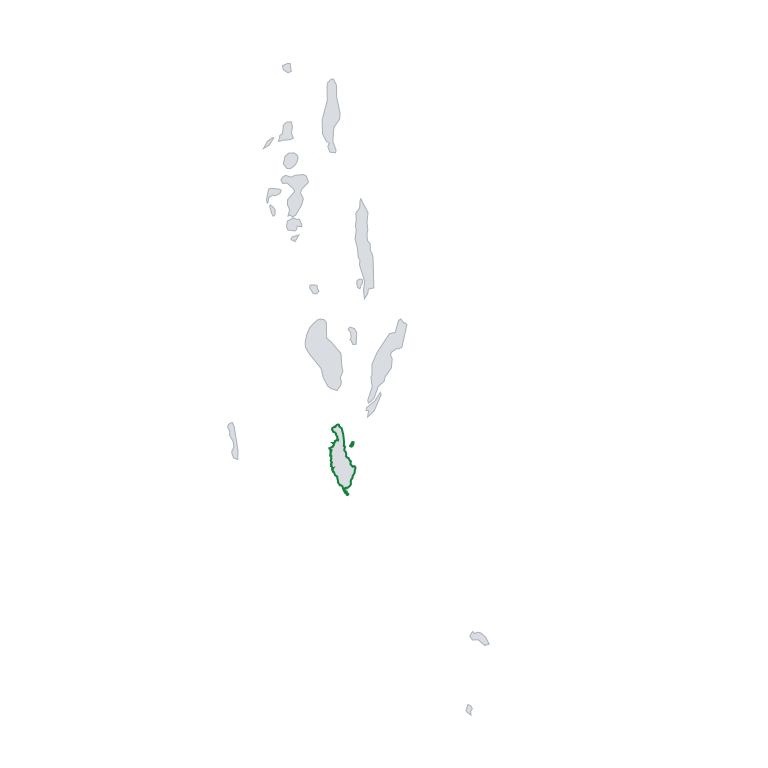 Solomon Islands, with Makira highlighted, rotated 49°
{"feature_id": "SLB-3509", "entity_name": "Makira", "entity_type": "Province", "adm_level": 1, "iso_a3": "SLB", "parent_name": "Solomon Islands", "parent_adm1": "", "projection": "robinson", "projection_center": [161.795, -10.523], "detail": "fine", "context": "in_parent", "style": "outline", "palette": "green", "viewbox_px": 768, "rotation_deg": 49, "n_neighbors": 0, "source": "natural_earth", "source_scale": "10m", "svg_char_len": 6325}
<svg xmlns="http://www.w3.org/2000/svg" viewBox="0 0 768 768"><g transform="rotate(49 384 384)"><path d="M299.8,387.2L311.8,397.2L317.0,396.3L332.8,396.5L342.1,403.6L347.6,406.8L350.7,413.2L354.5,414.7L356.8,417.9L358.1,423.8L352.4,427.0L348.9,427.9L339.7,425.8L331.0,421.3L313.6,420.7L305.5,419.4L302.7,417.7L300.1,415.4L296.0,409.8L292.8,403.3L292.3,399.5L292.0,392.3L293.0,389.6L296.3,387.0L299.8,387.2ZM354.3,327.8L367.9,346.3L367.3,349.5L365.5,351.6L364.9,357.9L366.7,360.2L370.4,361.3L376.7,367.9L379.4,378.5L382.0,382.2L382.1,390.0L388.1,400.7L388.6,405.9L388.1,408.2L385.6,406.9L378.4,394.7L370.3,389.4L369.3,387.2L361.1,380.0L355.5,368.1L349.6,346.8L352.4,341.7L345.6,331.4L345.9,328.6L350.8,329.1L351.7,327.9L354.3,327.8ZM305.1,337.0L306.9,342.9L299.5,337.7L294.0,331.3L278.1,324.4L274.7,320.9L271.8,320.5L263.7,314.7L255.7,310.8L249.5,303.7L246.6,302.5L241.6,297.0L236.7,293.3L235.0,286.7L230.2,282.1L229.0,280.0L244.2,283.7L251.2,291.1L257.2,295.2L259.3,298.2L264.7,302.3L269.5,302.7L274.4,306.8L278.8,307.9L282.3,310.1L304.8,328.6L302.1,333.5L305.1,337.0ZM407.0,456.4L413.9,460.0L417.9,459.4L423.8,461.9L428.3,460.5L431.1,463.7L438.2,476.4L438.2,480.5L442.9,483.4L439.0,484.0L433.5,482.5L429.3,483.5L424.9,481.0L417.4,479.8L410.9,476.8L397.4,467.5L397.4,462.8L395.3,460.5L394.6,454.8L389.7,452.9L384.1,452.6L383.6,449.9L384.6,445.0L388.9,445.1L394.0,447.1L407.0,456.4ZM176.0,266.7L177.7,268.9L173.5,272.7L167.9,270.6L166.6,267.4L162.7,268.2L154.9,266.3L144.1,257.4L132.7,240.7L121.7,231.5L119.6,228.6L119.3,223.8L120.8,222.0L127.6,224.0L136.5,231.6L151.0,239.6L154.9,243.6L157.5,253.3L159.9,256.2L167.7,263.7L176.0,266.7ZM191.2,323.3L194.7,328.4L198.6,339.7L197.9,343.6L195.1,343.8L194.3,346.3L190.5,340.8L185.4,339.3L181.7,335.9L180.0,325.0L177.1,324.3L168.7,325.4L166.1,329.0L162.2,327.8L161.4,324.6L162.0,321.4L167.1,318.3L168.1,314.3L173.2,307.3L176.3,306.2L182.2,308.7L183.0,318.5L185.1,321.7L191.2,323.3ZM345.0,543.9L341.2,546.0L337.8,544.9L335.1,543.3L333.0,538.5L328.4,535.6L321.8,534.3L318.4,531.3L313.8,530.3L312.5,527.8L312.9,525.1L313.6,523.7L317.8,525.0L338.1,537.6L345.0,543.9ZM132.4,303.5L131.4,304.4L129.6,301.0L128.2,300.0L128.3,296.2L122.7,290.2L122.3,286.0L125.4,281.9L129.8,284.3L134.0,289.4L139.0,291.1L138.0,294.5L133.5,300.7L132.4,303.5ZM160.0,313.4L157.7,315.9L151.8,315.6L147.2,309.2L147.3,304.4L150.8,300.1L155.1,299.3L157.4,301.0L159.7,304.6L160.5,309.3L160.0,313.4ZM210.1,350.7L204.7,355.6L200.8,354.0L197.6,349.8L199.2,343.4L202.4,342.0L204.1,339.8L209.9,341.6L211.4,342.8L207.9,345.9L209.9,348.4L210.1,350.7ZM647.8,479.4L638.8,480.7L635.3,485.2L630.7,484.7L629.2,481.0L629.1,479.3L631.6,479.5L632.9,476.0L635.6,474.2L641.9,473.4L649.4,475.3L647.6,478.6L647.8,479.4ZM397.9,409.1L398.2,418.1L394.1,413.2L392.1,414.9L390.4,412.6L390.8,402.2L387.9,392.2L390.2,393.2L397.9,409.1ZM170.9,352.5L170.9,353.5L167.8,351.7L161.2,343.3L162.4,340.5L168.4,335.1L170.3,334.4L172.0,337.8L170.5,342.7L168.5,344.0L167.8,348.6L170.9,352.5ZM322.6,370.0L327.2,370.8L335.7,379.0L333.7,381.6L329.8,380.3L328.5,380.8L327.2,378.0L323.0,375.5L319.2,375.3L318.7,372.4L322.6,370.0ZM269.1,378.0L262.7,377.1L260.8,375.0L263.1,371.9L265.9,369.9L268.4,371.7L271.3,372.2L271.6,376.1L269.1,378.0ZM86.0,252.3L80.5,253.8L77.1,251.8L78.6,247.0L80.4,244.6L87.3,248.9L86.0,252.3ZM296.3,339.8L293.7,340.6L289.9,338.4L288.2,336.3L289.0,333.1L291.2,331.8L293.8,334.0L294.1,336.2L296.3,339.8ZM690.9,535.6L686.1,536.6L684.2,536.4L681.0,531.0L683.4,529.8L686.9,530.3L688.0,533.4L690.9,535.6ZM184.9,355.4L184.7,357.5L181.6,356.9L174.6,353.6L174.4,352.1L178.4,351.5L181.2,351.9L184.9,355.4ZM128.4,314.3L127.2,320.5L124.4,312.8L125.0,306.5L126.0,305.7L128.4,314.3ZM218.1,357.7L214.0,359.5L212.7,357.0L215.7,350.4L218.1,357.7Z" fill="#d9dde1" stroke="#a8b0b8" stroke-width="1"/><path d="M443.0,483.4L443.6,483.1L443.9,483.6L443.9,484.4L443.2,484.8L442.4,484.6L441.8,484.4L441.1,484.3L440.4,484.8L440.0,484.5L439.4,484.4L438.5,484.3L437.7,484.2L433.8,482.5L432.6,482.7L431.4,483.9L430.8,483.5L430.1,483.4L428.6,483.4L428.1,483.3L427.7,483.0L427.3,482.6L426.9,482.2L424.5,481.1L423.6,480.3L423.2,480.1L422.5,480.2L420.9,480.8L420.4,480.7L419.9,480.4L417.6,479.6L417.4,479.9L416.7,480.1L416.3,480.0L415.7,479.3L415.5,479.2L415.0,479.0L414.6,478.6L414.2,477.5L413.9,478.4L413.9,478.8L412.7,477.8L412.0,477.6L411.2,477.9L411.1,477.6L410.7,477.0L410.5,476.7L410.0,476.9L409.5,476.5L409.3,475.9L409.4,475.4L408.9,474.7L408.2,474.6L407.5,474.8L406.8,474.5L406.4,474.0L406.2,473.3L405.9,472.7L405.1,472.4L404.8,472.0L404.1,471.3L403.3,470.7L403.0,470.9L402.7,471.5L402.2,471.1L401.1,469.9L401.2,469.4L400.9,469.0L400.5,468.8L400.0,468.6L400.1,468.1L400.0,467.7L399.7,467.3L399.3,466.9L398.8,467.5L398.2,467.7L397.4,467.6L396.6,467.4L397.8,463.5L397.2,463.1L397.1,462.5L397.1,461.8L396.8,461.2L396.5,461.1L395.4,461.3L394.8,461.4L395.3,460.7L395.7,459.6L395.7,458.8L394.8,458.4L395.3,456.9L395.7,456.1L396.1,455.8L396.4,455.7L396.3,455.4L395.9,455.0L395.6,454.9L394.7,455.0L394.4,455.0L394.0,454.7L393.8,454.2L393.4,453.9L392.7,453.7L391.2,453.7L390.6,453.5L390.3,453.1L390.0,452.8L389.2,452.8L388.1,452.9L387.7,453.1L387.5,453.3L387.2,453.6L386.8,453.7L386.4,453.7L386.0,453.4L384.6,453.2L384.0,452.9L383.6,452.4L383.3,451.5L383.8,450.2L383.6,449.5L383.8,449.2L384.0,449.0L384.1,448.8L384.4,448.7L384.0,447.7L383.9,446.4L384.4,445.2L385.4,444.8L385.7,445.0L386.0,445.1L386.3,445.3L386.6,445.6L389.6,445.0L395.4,447.9L401.3,452.0L404.5,455.0L405.5,454.5L406.2,455.0L407.3,456.9L408.1,457.5L409.0,457.6L409.8,457.5L410.5,457.6L411.2,457.9L412.8,459.0L413.1,459.5L413.6,460.1L414.8,460.1L416.0,459.8L416.8,459.3L418.9,460.0L419.8,460.1L420.6,459.7L421.0,460.2L421.9,461.3L422.4,461.8L423.1,462.0L424.8,461.8L425.8,462.0L426.0,461.9L426.3,460.6L426.7,460.2L427.1,460.1L427.7,460.1L428.8,460.7L430.2,463.0L430.8,463.5L431.4,463.9L431.9,464.9L433.0,468.2L433.3,468.6L433.7,469.0L434.0,469.1L434.3,469.4L434.6,471.4L435.0,472.3L435.7,473.1L437.7,474.5L438.2,475.3L438.5,476.3L438.5,479.8L438.3,480.1L438.0,480.2L437.6,480.5L437.2,480.9L437.0,481.3L437.4,482.9L439.1,483.2L441.3,483.1L443.0,483.4ZM408.4,449.3L408.7,448.7L408.5,448.4L408.1,448.3L407.9,448.2L407.1,446.7L407.1,445.9L407.9,445.2L409.1,446.3L410.0,448.0L410.0,449.6L408.8,450.3L408.4,450.2L408.2,450.0L408.2,449.7L408.4,449.3Z" fill="none" stroke="#15803d" stroke-width="2"/></g></svg>